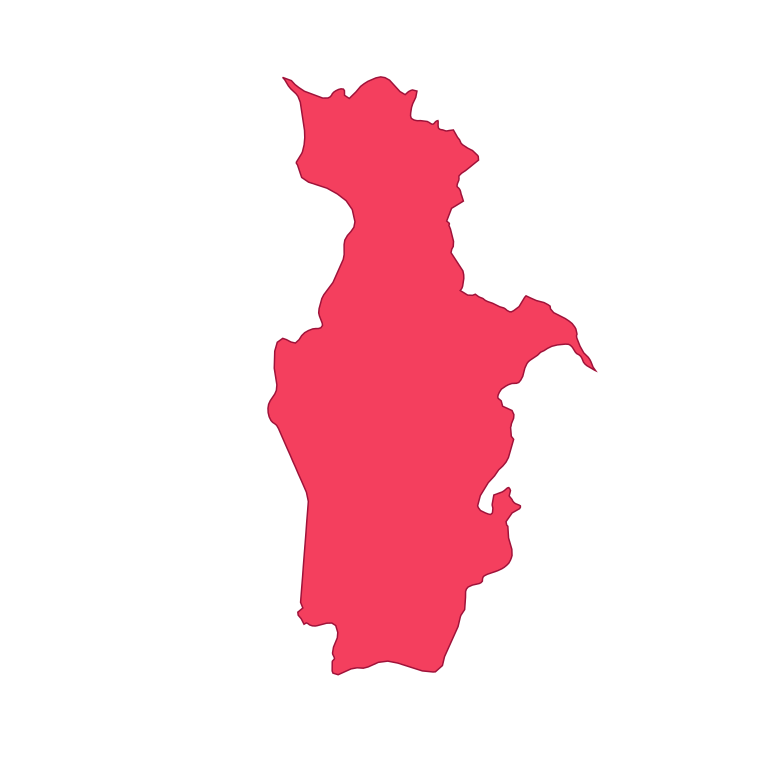 outline of Norte de Santander, rotated 199°
{"feature_id": "COL-1421", "entity_name": "Norte de Santander", "entity_type": "Department", "adm_level": 1, "iso_a3": "COL", "parent_name": "Colombia", "parent_adm1": "", "projection": "orthographic", "projection_center": [-72.935, 8.085], "detail": "fine", "context": "isolated", "style": "filled", "palette": "rose", "viewbox_px": 768, "rotation_deg": 199, "n_neighbors": 0, "source": "natural_earth", "source_scale": "10m", "svg_char_len": 4823}
<svg xmlns="http://www.w3.org/2000/svg" viewBox="0 0 768 768"><g transform="rotate(199 384 384)"><path d="M338.1,94.0L339.6,95.8L342.5,104.5L342.5,105.4L341.5,107.5L341.5,108.4L342.3,109.6L344.5,111.8L345.1,112.9L346.1,118.8L345.5,128.8L346.8,134.0L351.0,139.9L355.5,141.0L360.3,139.2L368.4,133.8L370.2,132.8L373.1,132.0L375.9,132.0L377.9,132.7L379.7,132.8L381.4,130.8L385.9,135.1L389.9,137.5L391.2,140.2L387.8,145.8L391.8,150.4L393.0,155.0L395.7,165.4L398.4,175.9L401.2,186.4L403.9,196.8L406.6,207.3L409.3,217.7L412.1,228.2L414.8,238.7L417.3,248.3L422.1,256.4L426.4,261.1L431.1,266.2L435.8,271.2L440.4,276.3L445.1,281.3L449.7,286.4L454.4,291.4L459.1,296.5L463.7,301.5L469.3,307.6L472.1,310.0L474.5,310.9L476.8,311.5L479.0,312.7L479.1,312.8L481.9,315.6L484.2,319.2L485.8,323.3L486.5,327.3L486.1,331.2L484.0,339.0L483.7,342.9L485.0,348.3L492.9,363.2L498.0,379.5L498.5,388.7L494.6,394.2L490.6,394.2L485.6,393.4L481.1,393.9L478.7,398.3L477.6,402.9L475.7,406.7L472.9,409.9L469.3,412.9L466.8,414.1L464.1,415.1L462.0,416.6L461.2,419.4L462.3,421.5L467.2,427.3L468.9,430.0L469.9,434.1L470.6,444.5L470.0,448.7L465.3,463.4L463.1,488.5L463.8,493.4L467.1,502.8L467.9,507.3L466.9,512.6L464.9,517.4L463.5,522.4L464.3,528.0L470.8,538.6L479.5,545.0L484.0,546.5L489.9,548.5L501.6,550.6L521.1,550.3L529.1,552.5L537.3,563.2L538.6,564.0L539.1,565.2L536.9,575.0L536.7,577.0L537.4,584.2L539.1,591.1L541.7,597.9L554.9,623.2L559.0,628.0L561.7,629.8L568.2,632.7L571.4,634.7L577.0,639.4L579.7,640.9L570.3,640.7L565.7,638.2L561.1,636.6L554.5,634.9L535.0,634.4L530.1,636.2L528.5,637.8L527.6,639.8L527.4,641.5L526.6,643.5L525.1,645.5L522.9,647.7L520.7,649.1L518.4,649.6L516.9,648.5L515.3,644.1L509.8,642.7L505.6,651.1L503.0,657.8L500.6,661.4L497.8,664.9L491.3,670.8L487.1,673.3L482.8,674.0L477.7,673.1L464.1,665.7L458.2,664.5L456.4,667.8L455.6,668.9L454.1,670.4L452.8,671.3L448.2,671.7L447.3,665.4L448.1,658.3L448.0,654.4L447.0,648.9L446.2,646.2L444.9,644.3L443.4,643.7L441.3,643.4L439.4,643.6L437.9,643.9L435.3,644.9L428.6,646.3L426.5,646.0L424.6,645.5L423.4,645.3L422.3,645.6L421.6,646.4L420.7,648.7L419.9,649.8L418.8,650.6L418.2,649.7L417.1,646.2L416.0,643.9L414.4,643.0L412.8,643.1L411.1,643.4L408.0,643.4L406.8,643.8L405.1,644.8L401.1,646.8L394.8,641.2L392.1,639.5L389.6,636.8L387.6,635.8L381.8,634.3L376.2,633.5L369.9,630.6L369.0,629.9L367.5,626.5L376.2,612.6L379.3,608.5L380.8,605.4L380.6,604.1L380.0,602.8L379.6,601.1L379.8,597.4L379.6,595.6L379.1,594.4L376.7,593.3L375.3,592.2L374.4,591.1L372.8,588.5L371.8,587.3L368.5,582.8L377.3,572.1L377.8,558.5L374.6,557.2L374.3,556.7L374.3,555.2L371.6,552.1L364.7,541.5L363.3,536.6L363.8,533.6L363.4,530.0L346.2,516.6L344.2,513.2L342.9,509.8L341.5,502.1L341.5,500.6L341.6,499.5L342.4,497.2L333.8,495.3L329.1,496.7L326.9,498.6L323.1,497.4L321.7,497.2L318.7,497.1L317.7,496.9L316.9,496.5L315.3,496.0L312.8,495.7L307.5,495.7L299.8,494.7L295.4,494.9L294.0,494.6L292.7,494.1L291.9,493.7L288.9,493.2L287.2,493.6L285.3,495.5L281.5,501.1L279.2,511.8L278.4,513.6L274.0,513.1L267.1,512.5L259.2,513.1L254.7,512.4L252.3,511.7L251.0,509.2L246.8,506.7L233.9,504.9L229.3,503.7L225.8,502.4L222.3,500.1L220.5,498.5L218.1,494.6L217.7,493.8L217.8,492.8L217.5,491.8L216.7,490.3L211.0,483.6L205.3,478.5L199.5,475.7L197.1,473.9L195.5,472.3L191.8,468.0L188.3,465.5L189.3,465.6L198.2,467.4L200.5,468.3L202.5,469.6L205.2,472.7L207.1,474.3L209.2,475.1L211.7,475.5L213.4,476.4L217.9,480.1L220.4,481.3L222.5,481.6L225.4,480.8L232.8,477.4L237.6,474.3L241.0,470.9L243.5,467.7L246.3,465.0L248.2,461.2L253.5,454.2L254.7,452.2L255.5,449.9L256.0,444.9L255.3,436.4L256.0,432.1L257.1,429.3L259.0,427.8L263.3,426.1L266.2,423.8L268.3,421.5L271.3,417.4L272.2,414.0L272.5,411.0L272.3,409.1L271.7,407.9L270.7,407.3L269.9,407.1L267.7,406.2L264.6,401.6L254.3,400.6L251.2,397.3L250.3,393.9L250.6,387.9L250.2,385.8L250.2,384.2L246.6,376.0L243.4,373.9L242.4,355.0L243.2,349.9L245.0,345.1L247.6,340.3L249.6,333.1L253.3,324.7L256.6,309.8L255.8,299.2L254.3,297.6L251.6,295.8L246.2,295.1L242.8,295.0L240.8,295.3L239.7,296.9L239.6,297.9L240.6,302.0L242.3,304.7L242.6,305.8L244.0,314.8L237.0,320.5L235.6,322.3L233.5,325.9L232.3,326.7L230.8,325.7L229.7,324.4L229.2,318.9L225.4,316.5L224.1,315.2L222.4,314.2L220.8,313.7L216.8,313.5L215.4,313.2L214.9,312.0L215.2,310.3L220.9,303.8L223.8,293.6L222.1,290.6L220.6,289.8L216.1,279.0L209.3,269.3L207.1,263.5L207.0,261.2L207.1,258.5L207.7,255.2L209.0,252.5L210.7,249.8L212.4,247.7L215.7,244.5L224.4,237.7L226.8,235.2L227.5,233.5L227.4,231.8L226.8,229.6L227.5,227.9L228.9,226.4L234.9,222.7L238.3,219.5L239.3,217.0L239.3,214.4L237.5,208.9L234.3,197.0L236.0,190.3L236.0,188.5L235.0,178.8L238.0,145.9L237.1,136.8L241.7,128.6L243.8,127.7L254.4,125.2L280.3,124.6L290.2,123.2L298.7,119.0L306.9,111.3L311.0,108.6L317.1,106.9L322.4,103.9L332.7,94.2L338.1,94.0Z" fill="#f43f5e" stroke="#9f1239" stroke-width="1.5"/></g></svg>